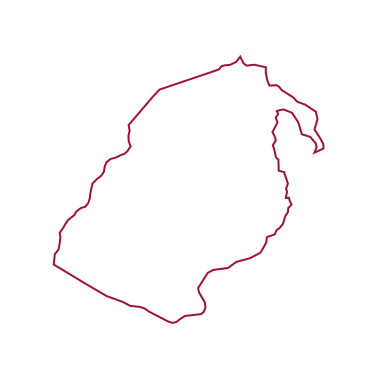 outline of Glorinha, Rio Grande do Sul, Brazil, rotated 39°
{"feature_id": "56859067B49954070433936", "entity_name": "Glorinha", "entity_type": "district", "adm_level": 2, "iso_a3": "BRA", "parent_name": "Brazil", "parent_adm1": "Rio Grande do Sul", "projection": "robinson", "projection_center": [-50.759, -29.883], "detail": "fine", "context": "isolated", "style": "outline", "palette": "rose", "viewbox_px": 384, "rotation_deg": 39, "n_neighbors": 0, "source": "geoboundaries", "source_scale": "gbopen_adm2", "svg_char_len": 1682}
<svg xmlns="http://www.w3.org/2000/svg" viewBox="0 0 384 384"><g transform="rotate(39 192 192)"><path d="M263.8,72.1L257.1,69.3L247.9,66.4L243.7,56.4L237.7,51.7L225.1,52.9L217.1,55.6L211.1,54.8L197.6,56.4L193.6,55.4L190.5,55.8L185.3,60.5L180.8,58.3L174.1,52.7L170.9,48.6L160.3,53.9L154.8,59.5L150.9,59.5L144.3,56.5L144.4,63.3L141.4,69.5L137.9,72.8L135.8,75.5L135.8,79.8L102.3,132.9L101.6,142.6L100.6,179.8L105.0,183.7L107.3,188.4L110.7,192.2L115.6,195.3L116.1,201.3L115.5,204.8L113.2,208.5L111.2,213.1L108.0,217.5L106.8,222.7L108.0,226.8L110.7,231.7L111.2,236.5L109.9,242.3L109.3,247.9L111.4,252.3L113.8,256.9L116.6,261.4L118.2,265.6L118.4,270.5L115.8,274.3L114.4,279.9L115.0,284.2L113.5,290.8L113.4,294.6L114.5,301.3L114.8,307.0L117.9,309.7L119.7,312.4L122.0,316.1L124.5,320.8L124.5,326.6L130.2,335.4L135.7,334.6L166.4,330.4L191.2,326.6L207.7,320.9L215.6,319.4L224.0,314.0L228.6,312.3L234.4,311.9L243.0,310.1L254.4,307.8L259.2,306.0L261.6,303.0L263.0,297.1L264.6,292.7L272.6,284.5L275.9,281.2L276.6,277.6L275.1,273.2L271.4,269.7L260.6,265.6L257.2,262.8L255.1,245.0L257.4,239.4L267.9,228.2L270.4,218.5L278.5,207.3L281.8,199.8L283.4,196.1L282.2,188.4L281.5,184.5L278.6,180.0L282.9,172.9L281.7,168.5L282.7,165.1L282.7,159.4L279.7,152.2L279.1,147.0L276.9,143.9L277.3,139.1L274.0,137.7L271.0,135.5L268.6,137.6L265.8,132.1L263.0,130.2L261.2,125.1L251.0,118.6L246.0,120.9L238.9,112.6L235.6,112.3L229.4,107.4L225.4,104.7L224.7,99.3L221.9,97.0L216.9,94.9L214.6,84.0L210.2,81.5L209.9,77.2L207.0,75.7L209.0,72.7L211.3,70.2L220.0,67.5L227.9,70.1L231.0,71.1L241.0,78.0L249.2,74.8L257.6,76.3L260.5,78.6L262.4,84.4L266.8,75.5L263.8,72.1Z" fill="none" stroke="#9f1239" stroke-width="2"/></g></svg>